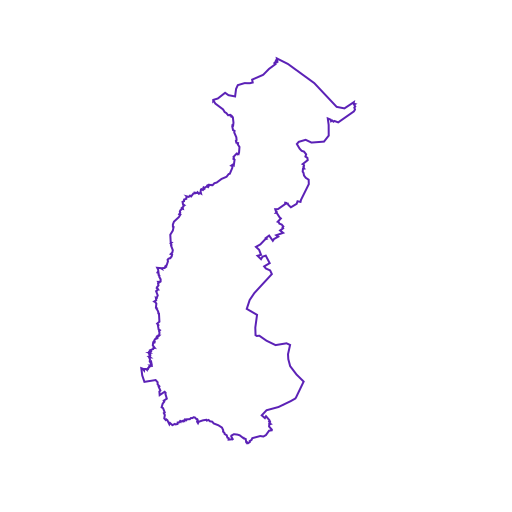 outline of Lanao del Norte, Lanao del Norte, Philippines, rotated 325°
{"feature_id": "2640588B52014741175725", "entity_name": "Lanao del Norte", "entity_type": "district", "adm_level": 2, "iso_a3": "PHL", "parent_name": "Philippines", "parent_adm1": "Lanao del Norte", "projection": "equal_earth", "projection_center": [123.903, 8.014], "detail": "fine", "context": "isolated", "style": "outline", "palette": "violet", "viewbox_px": 512, "rotation_deg": 325, "n_neighbors": 0, "source": "geoboundaries", "source_scale": "gbopen_adm2", "svg_char_len": 6123}
<svg xmlns="http://www.w3.org/2000/svg" viewBox="0 0 512 512"><g transform="rotate(325 256 256)"><path d="M424.3,186.1L413.1,185.8L407.6,180.1L402.9,147.8L392.3,117.0L386.4,106.1L385.4,108.2L385.0,107.1L384.6,107.2L384.7,108.6L384.2,109.3L383.1,109.0L383.1,108.2L381.7,108.5L381.9,110.0L374.0,110.2L365.8,111.7L354.0,109.3L352.8,112.0L350.2,111.0L345.7,107.8L339.1,105.6L335.5,107.7L330.4,113.3L325.7,108.5L324.3,104.6L315.1,105.1L310.5,103.6L309.8,104.6L310.3,104.5L310.1,107.8L313.1,117.0L312.9,120.2L313.7,121.9L313.9,124.7L315.9,125.6L316.5,127.3L316.4,128.2L316.0,128.1L316.6,129.1L314.0,133.9L312.1,136.0L311.7,135.4L310.9,136.2L309.4,139.7L310.2,141.2L309.0,142.4L308.0,147.4L306.6,149.9L305.6,150.1L304.9,151.9L305.5,152.4L305.3,153.4L305.8,153.5L305.1,154.3L305.0,157.2L301.4,161.6L300.2,162.5L299.6,161.1L299.8,162.0L299.2,162.1L298.9,161.0L294.4,161.9L294.1,163.1L293.2,163.5L293.7,164.8L289.8,169.0L289.4,167.8L287.6,167.8L288.3,168.9L287.0,170.3L281.7,173.6L280.6,173.2L277.3,174.2L272.0,173.1L265.9,173.3L263.7,172.5L261.0,173.1L259.7,171.8L260.0,171.5L260.0,171.3L260.2,171.0L259.6,171.9L258.2,170.5L256.6,170.3L256.4,171.4L256.9,171.8L256.3,172.1L255.6,170.8L252.7,170.6L252.2,168.7L252.6,170.3L252.1,172.2L251.9,171.2L251.0,171.4L251.2,170.7L250.1,170.9L249.8,170.0L249.1,169.9L247.5,171.5L246.8,173.3L246.3,172.2L244.9,172.3L244.7,170.2L243.7,170.5L242.2,169.0L241.9,169.6L240.6,168.9L237.0,170.0L236.6,168.7L234.8,169.0L233.6,167.6L233.7,168.1L232.7,167.9L231.7,169.2L229.5,168.5L228.5,169.8L226.9,169.5L225.9,171.7L226.3,173.0L225.6,172.7L225.1,173.8L223.7,174.0L223.2,175.4L222.4,174.3L221.6,175.1L220.2,175.2L219.1,175.9L218.8,177.0L217.1,177.7L217.8,178.7L215.1,179.9L208.5,180.8L206.0,182.5L204.7,184.4L205.1,185.0L202.4,187.5L198.0,189.4L193.9,196.0L194.4,196.6L193.2,196.7L193.1,198.5L192.4,198.7L191.2,203.5L189.5,205.1L187.3,205.5L188.1,206.7L186.5,208.1L185.3,208.3L185.1,207.3L185.2,208.4L184.6,208.7L182.8,208.0L181.4,208.4L180.9,209.8L177.7,212.2L175.9,212.4L176.1,213.3L174.2,213.4L171.6,211.8L171.5,212.4L170.9,211.2L168.3,209.0L168.0,211.0L166.6,213.7L166.5,213.9L166.0,212.9L165.8,213.0L166.4,213.8L165.3,215.7L165.6,216.7L164.8,217.5L164.7,218.8L164.0,218.6L164.6,219.0L164.5,220.4L163.2,222.2L161.4,222.2L161.7,221.5L161.1,221.1L161.1,221.8L160.1,222.1L159.2,224.2L156.8,224.8L156.7,226.4L156.5,226.1L156.3,226.1L156.5,226.6L155.7,227.6L154.0,227.5L152.9,231.9L150.4,233.5L150.4,234.5L149.9,233.0L148.9,235.0L146.5,234.9L147.0,235.9L147.1,237.8L144.4,240.9L144.6,241.4L143.7,241.2L144.4,241.8L144.0,245.4L143.1,247.0L143.5,247.5L139.2,254.4L136.2,254.7L136.4,256.4L136.0,256.3L134.1,260.3L134.7,261.7L133.5,261.9L133.0,263.4L131.1,265.5L131.7,265.8L130.4,265.1L130.1,265.4L130.6,265.7L130.0,265.8L130.0,265.2L128.7,265.0L127.6,265.7L128.0,266.2L127.9,266.8L125.6,266.2L124.1,266.9L123.9,268.2L123.6,268.4L123.6,267.5L122.4,267.6L120.2,270.0L120.3,272.7L119.8,272.1L119.1,273.7L119.2,272.5L118.4,273.2L115.4,272.5L115.4,274.7L114.5,272.9L113.6,273.0L113.1,274.1L113.4,274.0L113.6,274.5L112.8,274.0L113.3,274.9L112.8,276.0L112.2,275.2L111.6,277.4L110.6,277.0L111.1,278.3L110.3,277.7L109.9,279.8L108.4,281.5L108.5,282.8L109.4,282.6L108.7,284.2L108.4,283.5L107.1,284.8L107.7,285.4L107.5,286.1L106.6,285.3L106.9,286.4L105.7,285.0L104.4,285.6L104.2,286.8L104.2,286.1L103.3,285.9L102.6,286.7L101.8,286.1L101.4,286.6L101.2,285.6L99.7,284.5L98.7,285.6L98.6,283.4L97.7,282.1L94.3,288.6L92.4,295.1L102.6,300.0L103.0,303.0L101.8,304.7L102.1,307.2L101.3,307.2L100.5,311.4L99.1,311.6L97.3,314.7L103.3,314.8L103.5,316.3L102.7,317.0L101.1,321.7L97.4,321.6L97.3,322.7L94.9,323.4L91.9,325.8L92.6,327.3L91.5,331.8L90.4,331.8L90.1,334.0L87.7,336.4L88.0,338.6L88.8,338.4L89.2,339.6L88.5,344.2L89.8,343.5L90.5,346.6L93.2,347.0L93.5,347.8L95.3,348.6L96.3,347.5L97.3,348.2L99.1,347.7L99.2,348.3L99.6,347.9L100.4,349.0L101.3,349.0L101.5,349.7L102.7,349.4L102.9,350.1L104.2,349.2L104.8,350.5L105.5,350.0L108.2,351.7L109.7,351.4L111.0,352.3L112.4,352.3L113.3,353.2L113.7,355.7L114.3,356.0L114.1,357.1L112.7,357.9L112.6,359.7L114.0,358.9L118.3,360.2L121.4,361.7L121.3,362.6L123.1,363.1L123.4,364.9L125.1,366.6L125.3,368.9L128.1,373.1L129.7,377.0L129.2,379.9L128.3,381.0L128.7,382.7L128.2,383.8L129.2,386.1L128.4,388.3L129.1,389.6L128.2,390.7L131.6,392.6L131.8,393.5L132.2,389.6L132.8,389.0L135.7,389.3L138.3,391.6L139.8,393.5L141.1,397.7L141.9,397.1L141.5,397.9L141.6,398.8L142.6,399.9L141.2,402.9L141.8,403.3L141.3,404.3L142.0,404.8L144.3,404.8L144.7,404.0L146.8,404.1L148.5,403.1L156.2,405.9L158.5,408.1L161.4,408.4L166.5,406.6L168.9,407.8L169.4,407.3L168.9,403.2L170.2,401.6L171.6,402.0L171.1,400.8L171.6,400.7L171.8,399.3L172.5,399.6L172.8,398.1L172.3,393.0L170.3,393.9L169.3,389.8L176.2,388.4L187.8,392.6L201.2,394.8L206.5,395.3L207.9,394.7L223.0,386.2L221.2,376.3L220.8,365.8L223.3,359.0L225.9,354.8L232.9,348.4L230.9,345.0L220.9,340.2L216.0,331.4L213.0,323.2L210.8,322.0L210.2,320.6L214.4,314.2L223.1,304.8L218.1,294.0L225.6,288.4L233.4,285.4L258.6,279.9L259.3,275.9L256.9,271.9L256.7,269.2L263.1,269.7L264.2,261.3L260.9,260.3L258.3,261.5L257.4,256.7L260.8,257.9L262.1,252.7L261.2,248.5L266.2,249.0L273.2,247.6L274.5,248.0L274.3,246.9L278.5,246.8L278.5,253.2L280.5,252.4L285.3,252.9L284.5,250.6L291.5,252.6L290.4,248.9L294.1,248.9L294.2,247.7L295.3,247.5L295.1,245.0L293.7,242.9L294.0,241.4L293.4,240.4L297.9,239.5L297.5,237.9L297.7,232.5L297.1,232.1L298.2,231.8L298.0,230.6L298.6,228.7L300.8,230.2L309.6,230.2L310.5,229.1L311.3,229.9L311.3,230.9L312.1,231.3L311.8,232.6L312.5,236.1L319.2,236.6L321.4,235.0L323.5,237.2L325.1,235.8L340.5,227.4L342.9,223.7L341.6,220.5L341.5,217.6L342.6,215.1L342.6,213.7L344.4,211.6L345.4,212.0L345.2,211.3L346.0,210.8L345.9,210.2L347.1,209.7L347.5,208.4L347.0,207.5L353.4,207.1L354.4,205.0L353.5,202.9L355.4,201.5L355.2,198.0L353.7,196.0L353.3,193.1L353.7,187.7L356.5,187.0L363.3,189.3L366.5,194.9L377.3,201.3L384.6,199.1L390.7,190.3L393.7,184.5L395.4,187.2L394.8,188.7L396.2,188.8L396.5,190.4L397.7,190.4L400.0,193.7L419.1,193.7L421.1,192.8L421.7,190.8L423.0,190.5L423.2,188.2L424.3,188.3L423.3,187.0L424.3,186.1Z" fill="none" stroke="#5b21b6" stroke-width="2"/></g></svg>